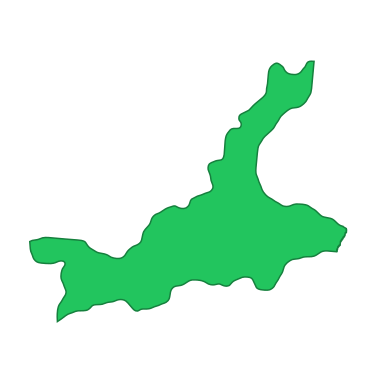 Estebania, Azua, Dominican Republic (Mercator projection), rotated 275°
{"feature_id": "3306468B97025454858192", "entity_name": "Estebania", "entity_type": "district", "adm_level": 2, "iso_a3": "DOM", "parent_name": "Dominican Republic", "parent_adm1": "Azua", "projection": "mercator", "projection_center": [-70.626, 18.542], "detail": "fine", "context": "isolated", "style": "filled", "palette": "green", "viewbox_px": 384, "rotation_deg": 275, "n_neighbors": 0, "source": "geoboundaries", "source_scale": "gbopen_adm2", "svg_char_len": 5799}
<svg xmlns="http://www.w3.org/2000/svg" viewBox="0 0 384 384"><g transform="rotate(275 192 192)"><path d="M145.1,341.3L145.6,341.3L145.6,341.7L147.0,341.7L147.0,341.3L147.3,341.3L147.3,341.7L148.0,341.7L148.0,342.0L149.7,342.0L149.7,342.4L150.4,342.4L150.4,342.8L150.8,342.8L150.8,343.1L151.4,343.1L151.4,343.5L151.8,343.5L151.8,343.9L152.1,343.9L152.1,344.2L155.6,344.2L155.6,344.6L156.2,344.6L156.2,344.9L156.9,344.9L156.9,345.3L157.6,345.3L157.6,345.7L158.3,345.7L158.3,346.0L158.7,346.0L158.7,346.4L159.7,346.4L159.7,346.8L160.4,346.8L160.4,347.1L160.7,347.1L160.7,347.5L161.1,347.5L161.1,347.8L162.4,347.8L162.4,348.2L164.5,348.2L164.5,348.6L165.2,348.6L165.2,349.3L167.6,349.3L167.6,348.9L169.0,348.9L170.7,345.4L170.9,345.4L171.5,342.9L172.2,341.3L173.2,339.8L176.0,336.3L176.9,334.8L177.3,334.0L177.8,332.3L178.5,326.2L178.8,324.5L179.1,323.7L179.5,322.9L180.5,321.4L183.9,317.2L184.9,315.7L186.3,312.7L188.3,309.2L188.9,307.6L189.2,305.8L189.4,303.1L189.3,299.5L189.1,296.8L188.4,294.3L186.6,290.7L186.1,289.2L185.8,287.4L185.8,285.7L186.0,284.0L186.6,282.4L188.5,278.9L189.8,275.8L191.8,272.3L193.2,269.2L194.0,267.7L195.7,265.5L198.3,263.0L200.6,261.5L203.7,260.1L207.9,257.8L211.0,256.5L214.6,254.7L216.2,254.1L219.0,253.7L221.9,253.6L236.6,253.7L241.4,253.9L243.3,254.2L244.9,254.8L248.5,256.7L251.6,258.2L253.8,259.8L260.2,265.7L262.4,267.5L263.9,268.3L267.0,269.7L270.5,271.7L273.6,273.1L275.2,274.0L277.4,275.9L279.5,277.9L281.5,280.0L282.7,281.5L283.7,283.0L284.4,284.7L285.3,288.9L285.8,290.5L286.6,292.1L287.7,293.6L289.6,295.6L291.7,297.3L292.5,297.8L295.6,299.2L299.2,301.0L300.8,301.6L301.8,301.8L305.5,302.1L332.8,302.2L332.7,299.7L332.5,298.1L331.9,296.7L331.5,296.1L330.3,295.2L326.5,293.7L324.4,292.1L321.3,290.2L320.1,289.1L319.1,287.8L318.4,286.2L318.1,285.3L317.9,283.3L317.9,280.4L318.2,278.5L318.8,276.7L319.7,275.4L320.8,274.2L322.0,273.3L323.9,272.2L324.9,271.2L326.8,268.2L327.4,266.9L327.6,266.2L327.7,265.4L327.6,264.6L327.3,263.8L326.4,262.4L324.6,260.5L323.2,259.4L321.5,258.6L320.6,258.3L318.6,257.9L315.6,257.8L306.5,257.8L301.5,257.3L298.7,257.4L297.1,257.2L295.4,256.5L293.9,255.5L292.4,254.3L285.4,247.3L283.3,245.4L278.7,241.8L277.8,240.6L273.9,234.2L272.9,233.1L271.6,232.4L270.9,232.3L269.4,232.3L268.0,232.6L267.5,233.0L265.7,234.5L264.5,235.0L263.1,235.2L262.3,235.1L261.0,234.7L260.3,234.2L259.8,233.5L259.5,232.8L259.2,231.2L258.9,227.9L258.4,226.3L258.0,225.6L257.0,224.5L253.8,222.4L252.4,221.7L250.7,221.1L248.8,220.8L245.9,220.6L232.1,220.8L229.5,220.4L227.9,219.8L227.3,219.3L226.4,218.0L225.5,214.2L225.0,212.8L222.9,208.7L222.0,207.5L221.5,206.9L220.1,206.2L219.3,206.0L217.7,205.9L216.0,206.1L215.2,206.4L211.0,208.4L209.4,209.0L205.2,210.0L203.7,210.7L201.6,211.7L200.2,212.3L198.5,212.5L197.7,212.4L196.2,211.8L194.9,210.9L193.8,209.7L193.4,209.0L191.8,205.2L189.9,201.6L188.3,197.7L185.0,192.5L184.5,192.0L183.2,191.3L180.2,190.6L178.6,190.1L177.9,189.7L176.7,188.7L175.6,187.4L175.3,186.7L174.8,185.0L174.7,182.5L175.2,180.0L176.5,176.8L176.6,176.1L176.4,174.7L174.3,169.7L173.5,168.2L172.6,166.8L169.1,162.4L168.1,160.9L166.6,157.9L165.6,156.7L164.4,155.6L163.0,154.7L161.5,154.1L157.4,153.1L155.8,152.4L154.3,151.4L150.7,148.7L148.4,147.4L147.5,147.1L145.6,146.7L140.0,146.0L138.2,145.5L137.5,145.1L136.2,144.1L135.2,142.9L134.3,141.5L132.8,138.5L131.8,137.1L129.9,135.1L128.5,133.8L127.1,132.8L122.7,130.5L121.0,128.8L120.1,127.4L119.5,125.6L119.2,122.7L119.4,119.8L120.0,117.0L121.8,113.4L122.3,111.8L122.7,109.9L123.3,104.2L123.8,102.3L127.0,95.8L127.9,94.4L129.5,92.7L132.3,90.5L132.8,90.0L133.3,89.3L133.8,87.7L134.1,85.9L134.2,82.0L134.1,69.9L134.1,55.8L134.1,52.8L133.9,49.9L133.3,47.1L131.6,43.5L131.0,41.9L129.8,37.1L128.5,34.7L121.3,35.9L118.8,36.6L115.3,38.4L113.0,39.4L111.6,40.2L109.9,41.9L109.0,43.3L108.4,45.1L108.1,47.9L108.1,52.7L108.4,57.5L109.0,60.2L109.6,61.8L111.4,65.3L112.0,67.6L111.9,69.1L111.8,69.9L111.4,70.6L110.9,71.2L110.2,71.6L109.5,71.8L108.1,71.7L106.8,71.1L104.3,69.7L102.5,69.2L99.7,68.8L96.7,68.8L94.8,69.1L93.9,69.4L92.4,70.1L89.6,71.7L86.5,73.1L83.8,74.5L82.4,75.1L80.7,75.3L79.9,75.2L78.3,74.8L74.9,73.0L71.8,71.6L68.3,69.6L66.6,69.0L65.7,68.8L62.8,68.4L58.9,68.4L55.9,68.6L51.2,69.2L54.0,72.7L57.7,76.8L59.4,79.0L60.2,80.6L61.2,82.9L63.0,86.5L63.7,88.9L64.3,94.2L64.8,96.7L65.4,98.2L66.4,99.5L67.4,100.5L69.7,102.3L70.2,102.8L70.9,104.1L71.3,105.6L72.0,110.7L72.4,112.4L74.4,116.8L74.9,118.4L75.6,121.8L76.1,123.4L77.9,127.0L78.4,128.6L78.7,130.3L78.7,132.1L78.4,133.8L77.7,135.5L76.0,137.7L70.7,143.1L69.6,144.4L68.8,146.0L68.7,146.7L68.7,148.2L69.3,149.3L70.3,150.7L70.9,152.0L71.2,153.5L71.5,157.0L72.0,159.5L72.6,161.1L74.5,164.7L76.1,168.6L77.7,171.4L79.0,174.3L79.9,175.8L81.0,176.9L81.6,177.5L83.0,178.3L83.8,178.6L85.5,178.9L90.6,179.3L92.3,179.7L93.8,180.4L95.1,181.4L96.1,182.6L96.8,184.1L98.0,189.0L98.7,190.6L99.6,192.1L102.9,196.4L103.8,198.0L104.4,199.8L104.6,201.7L104.8,204.6L104.7,207.5L104.5,209.4L103.8,212.1L101.8,216.4L101.3,218.9L101.3,220.7L101.5,222.3L102.6,225.8L102.8,227.2L102.5,228.5L101.8,230.4L101.4,231.9L101.2,233.5L101.3,235.0L101.8,236.5L102.1,237.2L102.6,237.7L104.9,239.4L106.1,240.4L107.1,241.6L108.0,243.0L111.4,249.5L112.0,252.1L112.1,254.7L111.9,257.2L111.3,258.7L110.8,259.4L109.7,260.3L102.6,264.4L102.1,264.9L101.6,265.6L101.3,266.4L101.0,267.2L100.7,269.0L100.6,272.7L100.8,275.6L101.2,277.4L101.6,278.3L102.0,279.0L103.0,280.3L104.2,281.4L104.9,281.9L108.7,283.6L112.2,285.5L115.4,286.8L118.9,288.6L120.5,289.2L125.6,290.3L127.2,291.0L129.4,292.6L130.7,293.9L131.9,295.3L132.9,296.8L133.4,297.6L133.9,299.3L134.6,302.6L135.0,304.3L136.9,308.7L137.4,311.2L138.0,316.5L138.7,319.0L139.1,319.8L140.0,321.3L143.4,325.6L144.2,327.1L144.5,328.0L144.9,329.7L145.1,331.5L145.1,337.9L145.1,341.3Z" fill="#22c55e" stroke="#15803d" stroke-width="1.5"/></g></svg>